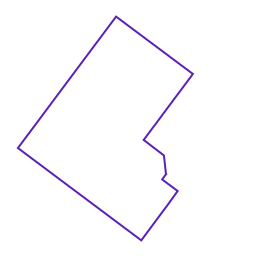 outline of Toay, La Pampa, Argentina, rotated 36°
{"feature_id": "61730980B2132713179088", "entity_name": "Toay", "entity_type": "district", "adm_level": 2, "iso_a3": "ARG", "parent_name": "Argentina", "parent_adm1": "La Pampa", "projection": "equal_earth", "projection_center": [-64.55, -36.621], "detail": "fine", "context": "isolated", "style": "outline", "palette": "violet", "viewbox_px": 256, "rotation_deg": 36, "n_neighbors": 0, "source": "geoboundaries", "source_scale": "gbopen_adm2", "svg_char_len": 640}
<svg xmlns="http://www.w3.org/2000/svg" viewBox="0 0 256 256"><g transform="rotate(36 128 128)"><path d="M52.9,44.9L52.3,88.4L51.5,148.4L51.2,175.2L50.7,208.9L69.3,209.2L204.8,211.1L205.2,172.3L205.3,170.0L205.2,150.0L205.2,149.8L186.6,149.6L185.9,149.5L185.9,144.1L186.0,143.1L185.9,143.1L178.6,135.0L178.5,134.9L173.4,129.3L173.2,129.1L149.2,128.5L147.7,128.5L147.9,112.2L148.0,109.7L148.1,97.8L148.3,80.5L148.3,78.6L148.6,59.0L148.7,46.6L148.7,46.1L147.9,46.1L145.6,46.1L144.9,46.1L141.3,46.0L135.7,46.0L128.9,45.9L120.9,45.8L110.2,45.6L108.2,45.6L90.3,45.4L83.8,45.3L52.9,44.9Z" fill="none" stroke="#5b21b6" stroke-width="2"/></g></svg>